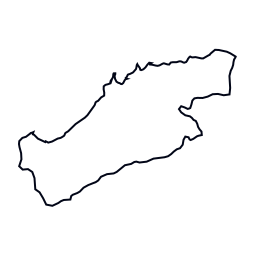 the border of Mersin, rotated 178°
{"feature_id": "TUR-2285", "entity_name": "Mersin", "entity_type": "Province", "adm_level": 1, "iso_a3": "TUR", "parent_name": "Turkey", "parent_adm1": "", "projection": "orthographic", "projection_center": [33.75, 36.714], "detail": "fine", "context": "isolated", "style": "outline", "palette": "ink", "viewbox_px": 256, "rotation_deg": 178, "n_neighbors": 0, "source": "natural_earth", "source_scale": "10m", "svg_char_len": 2589}
<svg xmlns="http://www.w3.org/2000/svg" viewBox="0 0 256 256"><g transform="rotate(178 128 128)"><path d="M225.5,126.3L225.2,126.4L223.9,126.7L222.7,127.2L222.9,126.7L223.3,125.0L222.0,124.4L218.4,120.5L211.2,116.8L210.7,117.6L208.2,116.2L204.4,117.1L198.6,119.9L196.0,120.4L195.0,120.8L192.4,122.3L191.9,122.8L191.0,124.8L190.6,125.3L187.9,126.8L180.2,133.8L170.8,139.8L168.1,142.2L160.6,151.9L159.9,153.6L159.5,154.7L158.7,155.4L156.9,156.2L153.8,159.5L150.7,161.2L150.5,164.1L151.0,167.6L150.8,170.5L149.0,171.9L146.3,172.5L143.9,173.3L143.0,175.7L143.5,175.5L143.8,175.2L143.6,175.9L141.9,178.1L141.2,179.5L140.9,181.1L140.8,182.3L140.4,183.1L138.8,183.1L138.8,182.4L139.6,180.5L139.2,177.5L137.9,174.7L136.1,173.5L134.7,173.1L133.7,172.3L132.6,172.1L131.2,173.1L129.7,175.8L128.8,176.8L127.3,177.2L128.0,177.4L128.3,177.6L128.5,178.1L127.5,179.0L126.3,181.3L125.2,181.7L124.3,181.9L121.3,183.2L120.7,183.7L118.0,186.6L117.6,187.8L117.0,190.7L116.5,191.5L116.2,190.8L114.0,187.4L113.7,185.8L112.9,185.4L111.7,185.7L110.5,186.2L108.4,188.0L106.4,190.6L104.5,192.5L102.6,192.1L103.8,191.5L103.8,190.7L101.7,190.4L98.0,189.4L96.2,189.1L94.3,189.5L91.1,191.1L89.9,191.4L86.4,190.2L84.6,190.0L83.0,191.9L81.0,192.2L77.1,192.1L74.5,192.8L73.5,192.8L72.4,192.6L70.5,191.6L69.6,191.3L67.6,191.9L66.5,193.3L65.6,195.0L64.4,196.5L63.5,197.2L63.1,197.2L62.8,196.9L62.0,196.5L60.9,196.3L58.1,196.5L52.2,195.0L50.5,194.9L44.8,197.9L43.8,198.3L43.0,199.4L38.3,203.1L34.5,202.8L26.6,200.8L23.2,199.1L17.9,195.6L18.2,194.8L19.6,192.7L20.3,190.1L20.7,187.4L21.8,184.4L23.3,181.7L24.8,176.5L24.5,164.4L25.4,158.0L31.2,157.4L36.9,158.9L42.2,158.8L47.2,156.6L52.4,155.4L57.7,155.7L60.6,155.3L62.7,153.2L63.8,149.3L65.1,145.8L66.3,145.3L67.7,145.0L70.7,146.6L74.1,147.9L76.4,145.1L74.3,141.8L70.3,138.7L65.7,137.5L63.8,135.9L62.2,133.8L60.0,132.7L58.7,129.9L57.9,126.6L56.5,124.1L54.7,121.9L54.5,118.4L57.8,117.8L59.3,117.3L63.2,114.8L65.8,113.8L66.9,114.5L67.2,115.2L67.8,116.6L71.0,117.4L72.9,114.3L73.9,109.4L76.7,106.0L80.0,105.0L83.0,102.9L85.8,100.4L88.9,98.4L92.5,97.5L103.6,96.5L110.5,93.7L117.7,93.1L120.8,94.1L122.9,93.8L126.1,92.0L132.4,90.9L140.8,84.5L143.9,83.1L150.6,82.6L156.7,80.2L159.6,76.6L162.0,75.1L169.6,72.4L174.5,69.9L178.3,66.2L180.9,64.8L185.5,63.2L187.1,62.0L188.1,58.5L194.7,58.3L197.6,57.2L200.2,55.5L206.3,52.9L212.4,54.3L215.3,60.8L218.6,66.8L222.8,70.0L223.2,81.2L225.2,87.4L229.4,90.4L234.7,90.1L238.1,93.6L235.6,100.4L235.7,106.6L237.1,112.7L237.5,115.8L237.1,118.7L233.9,121.8L230.2,122.8L225.6,126.1L225.5,126.3Z" fill="none" stroke="#020617" stroke-width="2"/></g></svg>